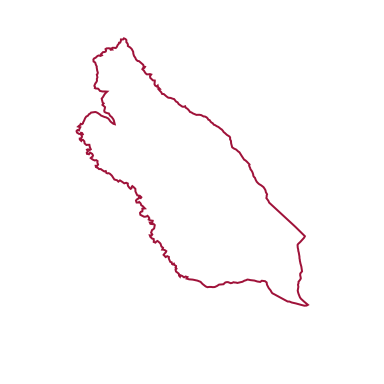 Campo Alegre de Goiás, Goiás, Brazil, rotated 131°
{"feature_id": "56859067B15808478056218", "entity_name": "Campo Alegre de Goiás", "entity_type": "district", "adm_level": 2, "iso_a3": "BRA", "parent_name": "Brazil", "parent_adm1": "Goiás", "projection": "equal_earth", "projection_center": [-47.758, -17.534], "detail": "fine", "context": "isolated", "style": "outline", "palette": "rose", "viewbox_px": 384, "rotation_deg": 131, "n_neighbors": 0, "source": "geoboundaries", "source_scale": "gbopen_adm2", "svg_char_len": 6067}
<svg xmlns="http://www.w3.org/2000/svg" viewBox="0 0 384 384"><g transform="rotate(131 192 192)"><path d="M260.9,139.3L259.8,136.9L257.6,133.9L255.3,129.7L254.2,126.6L254.5,123.7L254.3,119.7L253.7,117.9L252.2,116.6L251.1,115.3L250.2,113.9L248.8,112.5L246.6,111.5L244.1,110.8L242.3,109.0L240.9,107.7L240.0,107.7L238.4,107.5L237.3,106.7L236.4,105.7L235.4,102.9L234.1,102.0L232.9,101.5L232.1,100.1L231.5,99.4L230.9,98.1L226.6,95.0L224.6,94.3L223.2,93.4L221.8,92.8L220.9,91.5L220.3,90.3L217.9,86.8L216.7,84.0L215.1,81.5L213.2,81.1L211.4,78.4L211.3,76.3L212.7,74.7L213.7,72.3L214.2,71.0L214.7,68.1L215.3,66.6L215.7,65.0L211.9,48.0L210.7,46.5L210.0,44.3L207.9,40.4L205.4,35.2L204.1,32.6L202.5,31.0L201.1,30.5L201.2,35.6L201.1,39.7L200.7,41.4L199.0,44.7L198.2,46.0L197.1,47.5L193.8,49.5L192.4,51.2L190.9,51.8L189.9,52.7L187.7,52.8L186.0,53.1L185.2,53.9L183.8,55.8L182.5,56.8L179.7,56.9L176.6,60.5L174.7,63.4L173.9,64.4L173.2,65.4L172.3,66.3L171.6,67.3L170.2,68.6L167.5,71.9L166.9,72.9L165.6,74.3L164.7,75.6L162.7,77.6L161.7,77.8L160.6,77.7L158.6,77.5L152.9,77.4L151.3,77.8L150.5,90.5L150.4,93.0L149.4,126.8L148.5,128.7L147.8,131.9L146.5,132.6L145.7,133.3L144.5,133.8L143.7,136.1L142.5,137.7L141.9,139.4L141.4,141.3L141.6,144.4L142.0,146.4L142.0,147.9L141.8,149.9L141.0,152.0L140.0,153.8L139.9,155.3L139.5,156.4L138.7,157.2L137.5,159.2L136.8,161.1L136.5,162.8L135.8,163.7L135.3,164.9L134.6,166.2L133.5,166.6L133.1,170.8L133.1,172.6L133.4,173.8L132.2,178.1L131.3,181.0L130.9,182.3L131.1,183.5L131.0,186.5L131.7,188.9L131.9,191.0L129.6,194.4L128.7,195.3L127.9,196.1L127.2,197.9L126.1,198.7L125.5,199.9L125.7,201.3L126.0,203.3L125.9,206.0L126.0,207.4L125.6,208.6L125.3,210.5L125.5,211.8L125.6,214.8L126.1,216.4L126.4,218.5L126.9,219.7L126.5,221.6L126.8,222.9L126.7,224.2L126.2,225.9L126.7,227.0L126.2,228.6L126.1,230.0L126.6,231.9L127.4,232.8L127.9,235.4L128.8,237.0L130.9,239.3L131.5,241.1L132.1,242.9L132.3,244.6L132.9,246.0L132.5,247.4L132.3,248.7L132.2,250.1L132.5,252.1L131.8,253.4L132.9,254.0L133.9,255.2L134.4,259.7L133.8,261.7L134.2,263.5L133.6,266.4L134.4,268.1L135.0,269.8L136.4,271.8L136.6,273.9L136.6,275.5L136.6,277.6L137.6,278.9L136.9,280.6L136.7,282.6L136.4,284.7L135.3,283.9L135.1,286.5L134.2,287.7L135.5,287.8L135.8,289.6L135.4,290.8L134.4,291.7L133.4,292.3L132.3,293.2L133.4,294.8L133.3,296.3L133.2,298.4L132.1,299.7L130.1,299.9L130.6,301.1L131.9,302.2L132.8,303.2L132.9,304.7L132.5,306.3L131.9,308.1L131.9,310.0L130.9,310.3L129.6,309.4L128.4,309.6L129.0,310.9L128.0,312.3L128.0,314.9L128.0,317.8L128.8,319.1L128.7,321.2L127.9,322.8L127.3,325.1L126.1,327.0L124.7,328.5L123.6,331.5L123.5,333.7L123.9,336.2L122.8,337.1L122.2,338.2L122.0,339.8L120.4,341.2L120.2,342.5L120.7,344.2L122.1,344.1L123.5,345.7L124.3,345.0L125.4,344.5L126.4,344.2L127.2,345.0L128.2,344.5L129.9,344.5L131.9,343.9L133.4,344.0L134.2,345.3L135.2,346.5L136.7,347.0L136.9,345.7L138.0,346.7L137.5,348.2L138.3,349.3L139.7,350.7L140.9,351.0L141.6,349.7L142.5,349.3L143.6,349.7L144.8,350.9L146.5,351.0L147.7,351.1L147.9,349.7L149.4,350.4L150.1,351.9L151.2,352.5L152.4,352.7L153.8,352.8L155.4,353.5L156.6,353.4L158.1,351.9L157.8,350.0L159.0,348.1L159.8,346.2L160.7,345.5L161.6,344.3L162.5,343.3L163.7,341.4L164.7,340.8L165.8,340.9L166.6,339.8L167.5,338.6L169.1,338.0L170.4,336.7L171.3,336.4L172.4,336.2L173.4,336.2L174.7,335.8L176.0,335.3L176.4,334.0L177.3,333.5L176.9,332.3L175.7,330.9L175.7,329.6L176.1,327.8L174.8,325.4L173.1,323.5L171.9,321.9L173.8,322.1L175.5,322.1L178.8,321.5L180.8,321.4L183.2,318.0L183.1,316.8L185.0,316.7L185.0,313.3L186.0,312.7L188.2,311.6L188.9,310.7L188.8,309.5L187.9,307.3L187.3,306.3L188.2,303.8L188.1,301.8L188.7,299.2L189.3,297.9L191.5,294.8L192.1,296.1L192.3,299.0L192.2,300.2L191.7,302.0L191.5,303.5L192.1,306.0L192.7,307.0L194.0,310.9L193.9,312.3L194.2,314.9L194.6,316.5L195.1,317.5L198.3,320.3L199.6,320.3L200.9,320.8L202.6,320.6L204.5,321.3L206.3,321.1L207.3,320.8L208.7,320.3L210.9,319.8L211.8,319.3L213.1,319.6L213.6,320.7L214.5,320.3L216.3,320.7L217.3,320.8L216.4,318.8L218.1,318.4L219.7,317.7L220.4,319.1L221.8,319.1L222.6,317.8L222.3,315.5L221.3,314.1L220.1,314.6L219.6,313.6L220.1,312.2L221.7,312.7L222.5,311.2L224.1,310.9L225.3,311.8L226.0,311.1L226.1,309.1L225.2,309.3L224.2,308.5L224.4,306.5L225.8,304.9L225.8,302.5L224.8,301.7L223.7,300.4L225.2,298.5L226.2,296.4L227.5,296.8L228.0,298.5L229.0,299.0L229.8,297.1L231.4,297.2L232.1,296.3L231.1,294.5L230.2,294.6L229.1,294.8L228.7,292.4L229.3,290.8L230.7,290.2L231.6,290.6L232.8,290.7L232.7,288.3L232.0,286.1L230.8,285.2L230.6,283.6L231.9,282.7L232.9,280.9L234.2,280.7L235.4,281.9L236.2,280.9L235.6,278.7L235.7,277.2L234.5,275.8L234.4,274.1L234.0,271.6L232.8,270.8L233.8,269.1L233.4,268.0L232.5,267.3L232.1,265.9L232.2,263.3L233.5,258.8L232.3,256.2L232.5,254.4L230.5,254.0L230.2,252.0L229.9,248.8L228.2,247.7L227.7,246.0L228.6,245.4L229.4,244.2L229.9,242.0L229.9,240.4L229.0,240.1L227.6,240.9L226.7,240.9L226.6,239.3L226.8,236.8L228.7,235.0L229.7,232.8L230.4,231.1L229.1,228.9L229.2,226.8L230.3,226.7L231.0,228.5L232.1,228.1L233.0,228.5L234.1,228.8L235.3,228.6L236.3,226.9L235.1,225.5L234.2,225.4L234.2,223.9L234.6,222.7L235.3,221.6L235.0,220.2L235.3,216.8L237.2,218.5L238.0,217.6L239.2,216.8L240.5,217.6L241.9,217.5L243.1,216.0L242.1,211.9L241.1,210.9L240.1,210.2L239.2,210.0L239.2,208.8L239.8,207.0L241.2,206.6L240.7,204.7L239.5,202.8L241.1,201.9L242.2,202.7L242.8,203.6L243.3,202.5L242.1,200.6L241.3,199.8L241.4,198.4L244.3,196.7L245.5,196.8L246.9,197.2L249.5,196.2L250.1,194.1L251.3,194.0L252.4,195.4L253.2,193.9L253.3,191.4L252.6,190.2L253.6,189.0L254.8,188.1L254.2,186.4L252.7,186.4L251.6,185.9L251.5,183.2L251.7,181.8L253.2,179.3L253.1,177.3L255.0,176.7L254.2,175.7L253.6,173.9L253.5,172.6L254.7,172.2L256.6,172.3L258.1,172.2L258.2,170.8L258.4,169.2L256.7,168.6L256.2,166.8L257.4,165.9L259.0,162.6L258.4,161.2L259.4,159.9L259.2,158.8L258.0,158.6L258.6,157.2L258.3,155.5L259.1,154.8L260.0,154.7L260.1,153.4L261.4,153.5L262.5,151.9L262.3,148.4L263.6,146.9L263.8,145.5L262.4,146.1L261.8,144.3L261.6,142.0L260.0,141.4L259.2,139.6L260.9,139.3Z" fill="none" stroke="#9f1239" stroke-width="2"/></g></svg>